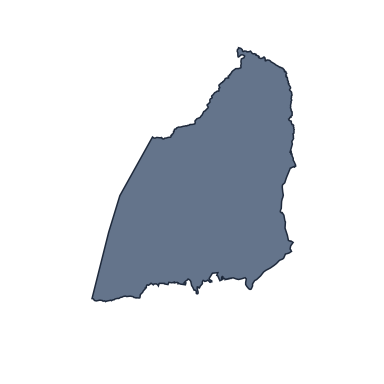 outline of Agua Blanca de Iturbide, Hidalgo, Mexico, rotated 336°
{"feature_id": "50627088B60120060131713", "entity_name": "Agua Blanca de Iturbide", "entity_type": "district", "adm_level": 2, "iso_a3": "MEX", "parent_name": "Mexico", "parent_adm1": "Hidalgo", "projection": "albers", "projection_center": [-98.352, 20.365], "detail": "fine", "context": "isolated", "style": "filled", "palette": "slate", "viewbox_px": 384, "rotation_deg": 336, "n_neighbors": 0, "source": "geoboundaries", "source_scale": "gbopen_adm2", "svg_char_len": 6033}
<svg xmlns="http://www.w3.org/2000/svg" viewBox="0 0 384 384"><g transform="rotate(336 192 192)"><path d="M142.0,270.2L142.4,269.8L144.1,271.5L148.2,274.1L149.4,272.6L147.8,271.8L149.7,270.9L152.2,270.4L153.0,269.9L153.6,270.5L154.3,271.9L154.5,273.2L153.6,277.4L153.9,278.8L154.0,282.6L154.7,282.7L155.1,283.2L155.4,283.9L155.5,284.4L154.7,286.4L154.8,286.7L155.4,287.2L156.0,287.2L156.4,286.9L156.9,285.8L157.4,282.5L157.7,281.7L158.2,280.9L158.9,281.2L159.4,282.7L159.9,282.6L161.2,281.4L164.2,280.0L164.8,278.4L166.2,277.3L166.7,277.6L167.3,278.9L169.2,279.2L170.3,278.9L170.7,279.1L171.5,281.1L171.6,281.7L171.9,281.9L172.3,281.6L173.5,282.1L173.9,281.2L172.5,279.2L172.4,278.5L172.6,277.9L177.6,274.5L182.8,276.2L180.7,278.2L181.4,279.0L181.4,284.4L183.5,284.4L183.8,283.2L184.5,281.9L185.3,281.5L185.8,282.3L184.8,284.1L186.4,284.1L187.0,285.2L186.7,285.5L187.9,285.8L188.7,285.6L189.2,286.2L190.1,285.9L190.4,286.4L191.5,286.4L191.8,286.2L192.4,286.9L193.2,286.7L194.8,287.2L197.0,289.4L199.0,290.9L202.3,291.5L205.7,291.9L206.2,293.6L204.2,296.5L203.4,298.4L203.7,300.6L204.5,303.5L205.4,304.6L206.4,304.8L207.0,304.4L209.1,302.5L209.9,300.6L213.2,298.4L215.4,298.3L220.6,296.5L224.9,294.2L227.7,293.6L232.6,293.3L237.3,292.4L240.0,291.7L243.6,290.2L244.4,290.0L247.6,290.1L249.0,289.6L252.1,286.7L254.6,287.1L256.4,287.2L257.9,286.8L258.7,286.8L258.7,284.8L258.4,284.3L258.7,283.5L260.3,281.3L263.9,279.2L262.4,276.9L261.8,277.0L260.4,275.4L261.5,270.4L262.3,262.8L265.2,257.3L265.1,256.2L266.5,250.6L266.0,247.4L265.7,247.2L265.2,247.4L264.6,246.0L265.4,244.7L266.9,243.3L270.0,237.1L271.5,235.1L272.8,233.8L274.1,232.1L275.0,228.6L276.4,224.4L277.1,223.0L277.8,222.2L280.5,221.3L284.1,217.3L291.5,210.2L292.4,210.4L292.6,210.2L295.1,210.2L295.4,210.4L295.5,210.9L295.8,211.0L296.2,210.3L297.1,210.6L297.3,209.9L297.6,209.7L297.6,206.0L297.4,204.1L298.2,202.3L298.1,199.8L298.8,197.9L298.5,197.4L298.0,197.3L299.0,196.0L299.1,195.2L297.3,196.1L303.2,189.0L303.7,186.5L306.5,184.5L306.7,184.1L306.8,183.0L307.1,182.8L307.5,181.8L307.9,180.0L308.9,179.8L309.6,178.7L310.1,177.2L310.8,176.5L310.7,175.3L311.3,174.5L311.2,173.6L311.4,173.1L311.8,172.8L311.9,172.2L311.5,171.4L310.9,171.2L310.9,168.9L311.4,168.0L311.4,167.5L310.5,166.8L309.9,166.0L309.9,164.7L310.9,164.6L311.7,163.7L312.2,163.7L312.9,163.9L313.1,163.1L314.6,162.8L316.0,159.6L316.0,159.1L315.7,158.9L315.8,158.6L315.7,157.8L316.2,156.7L316.1,155.6L316.2,155.1L316.9,154.1L317.3,152.8L319.0,150.6L319.1,149.7L320.3,148.9L320.5,148.5L320.5,147.0L321.6,145.7L321.7,145.0L322.3,144.3L322.7,144.3L323.1,143.2L323.1,142.2L323.5,141.6L323.5,141.0L322.6,138.7L322.7,138.2L324.2,137.3L324.6,136.4L324.1,132.6L324.6,132.4L324.3,131.3L325.0,130.1L324.7,128.5L325.0,128.3L325.1,127.8L325.6,126.5L325.6,126.2L325.0,125.7L324.8,124.8L324.9,124.4L325.5,124.4L325.3,123.7L325.6,122.8L326.7,122.2L326.7,121.9L326.3,121.1L326.6,120.6L326.6,120.0L326.2,119.5L325.5,119.6L325.9,117.7L325.5,117.2L325.6,116.8L325.2,116.3L325.2,115.7L324.4,115.1L323.6,114.0L323.0,113.9L323.0,113.6L322.3,112.8L321.5,111.5L320.5,110.4L319.6,108.6L317.7,105.9L317.3,105.6L316.9,104.2L316.4,103.4L316.1,103.0L314.3,101.9L313.0,102.2L312.5,102.1L312.3,101.9L312.4,101.5L312.8,101.2L312.8,100.4L313.2,99.3L312.7,99.0L312.9,98.2L312.7,98.0L312.2,97.9L311.4,98.3L309.9,98.2L309.0,97.9L307.7,96.6L307.6,96.1L308.3,95.8L308.1,94.8L307.7,94.6L306.8,93.5L306.1,93.2L306.1,92.7L306.5,92.3L305.9,91.8L305.8,91.4L305.3,91.0L304.2,90.7L303.4,89.9L302.8,87.1L302.1,87.0L301.0,87.1L300.3,86.6L299.3,86.5L298.8,85.4L297.2,84.5L296.4,84.6L295.9,84.5L295.9,84.1L295.5,83.8L295.8,82.4L295.0,80.6L293.3,79.2L293.2,79.6L292.8,80.1L291.8,80.1L291.5,80.3L290.5,81.8L290.5,83.4L289.2,86.6L289.2,87.5L290.4,87.5L292.0,86.8L293.3,86.9L293.9,87.2L295.0,88.3L295.4,89.2L294.1,90.5L291.2,90.5L290.0,92.3L289.5,93.4L289.4,94.4L287.9,96.5L287.6,97.7L287.1,98.4L284.8,98.2L282.2,97.1L278.7,97.9L277.4,98.3L276.9,98.9L275.8,99.4L275.3,99.9L274.1,100.1L273.8,100.9L272.2,100.9L271.9,101.7L271.9,102.6L271.0,102.5L270.1,102.0L268.5,101.9L267.1,103.2L266.6,103.3L265.8,103.7L265.0,103.7L264.5,104.3L263.4,104.2L260.1,105.3L259.8,106.0L259.8,108.0L259.2,108.0L259.0,108.3L258.6,108.4L258.2,109.7L257.6,110.7L257.3,110.7L256.8,110.3L255.8,110.1L254.9,110.4L253.1,110.5L250.7,111.8L249.2,112.2L248.8,112.7L248.8,114.1L248.3,114.3L246.8,114.4L246.1,114.7L245.5,115.7L245.0,117.2L242.6,118.2L241.6,118.3L241.1,118.7L241.1,119.6L241.4,120.4L241.2,121.3L240.9,121.6L236.9,123.2L235.4,123.3L232.6,125.7L230.9,126.4L229.8,127.2L226.1,127.1L225.3,127.6L224.0,128.0L223.5,128.6L223.1,130.0L222.3,130.9L220.1,130.5L218.1,129.8L217.8,129.5L216.3,129.8L215.3,129.4L214.0,129.5L213.7,129.2L212.9,128.9L211.8,128.8L210.8,128.4L208.4,128.1L207.0,127.7L206.2,127.2L204.5,127.2L204.0,127.2L203.5,127.8L201.6,127.6L201.0,128.2L200.5,129.1L199.8,129.1L199.8,129.7L198.9,130.6L197.8,131.2L197.1,131.2L196.5,132.0L195.8,131.8L195.5,132.5L195.1,133.1L194.3,133.2L193.5,132.7L191.7,132.3L190.6,132.3L188.9,131.7L188.4,132.0L187.3,131.9L186.6,131.2L186.4,130.9L186.6,130.5L186.2,129.7L185.5,129.7L184.7,129.4L182.0,127.8L180.3,127.8L179.4,127.4L179.1,127.1L178.3,125.7L124.6,166.0L99.5,194.9L57.3,248.7L58.2,249.3L58.6,250.1L58.7,251.3L59.0,251.6L60.3,252.6L63.8,253.3L66.0,254.7L66.1,255.2L66.4,255.6L67.9,255.9L68.4,257.0L69.2,256.9L73.1,257.7L73.5,257.7L74.3,258.6L74.7,258.3L75.7,258.5L76.2,258.4L77.0,258.8L77.8,258.5L78.8,258.5L80.6,258.9L81.8,259.5L83.8,259.2L85.2,259.6L86.8,259.5L88.8,260.0L89.9,261.0L93.2,262.0L95.4,263.5L95.8,263.9L96.1,264.8L96.9,265.2L97.8,266.1L98.2,266.0L100.7,267.4L101.4,267.4L103.1,264.7L106.1,263.6L107.2,262.6L109.9,261.4L110.3,260.6L111.3,260.9L112.0,259.4L113.3,258.6L114.4,259.5L116.1,259.2L117.1,258.7L117.7,258.9L118.3,260.2L118.9,261.1L119.9,260.6L122.0,261.4L122.9,262.8L123.1,264.1L124.6,262.3L124.9,262.4L125.1,262.2L129.7,264.3L129.5,264.8L132.4,266.8L134.1,265.1L136.7,266.8L139.3,267.1L138.9,267.9L141.7,268.5L142.4,269.3L141.8,270.1L142.0,270.2Z" fill="#64748b" stroke="#1e293b" stroke-width="1.5"/></g></svg>